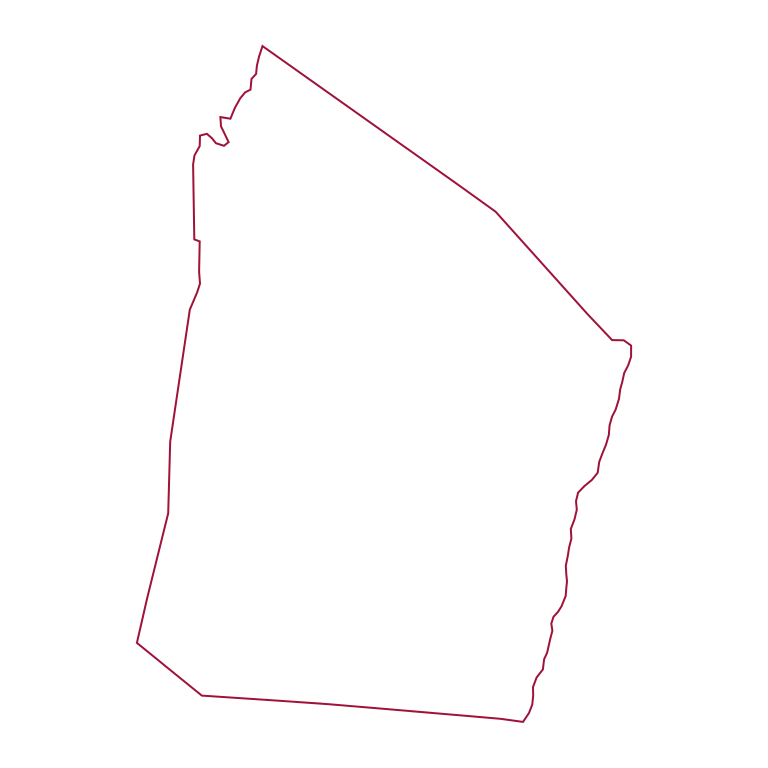 Cafarnaum, Bahia, Brazil (Robinson projection)
{"feature_id": "56859067B91218172071178", "entity_name": "Cafarnaum", "entity_type": "district", "adm_level": 2, "iso_a3": "BRA", "parent_name": "Brazil", "parent_adm1": "Bahia", "projection": "robinson", "projection_center": [-41.478, -11.714], "detail": "fine", "context": "isolated", "style": "outline", "palette": "rose", "viewbox_px": 768, "rotation_deg": 0, "n_neighbors": 0, "source": "geoboundaries", "source_scale": "gbopen_adm2", "svg_char_len": 1247}
<svg xmlns="http://www.w3.org/2000/svg" viewBox="0 0 768 768"><path d="M193.1,164.4L194.3,239.4L199.7,241.4L199.1,272.0L200.0,283.6L197.2,292.2L189.8,309.7L180.8,370.3L178.6,385.0L170.2,441.6L168.2,513.3L147.3,597.6L136.9,642.9L157.1,659.3L167.0,667.4L173.8,672.9L201.8,695.6L268.0,700.0L328.7,704.2L462.2,715.5L500.4,718.8L523.0,721.9L529.0,713.0L532.3,704.4L533.2,695.5L533.0,687.1L536.6,677.5L542.9,669.4L544.1,659.3L547.2,652.5L548.6,646.2L550.3,638.6L552.4,630.7L551.3,623.6L553.5,616.8L558.2,611.6L561.6,606.1L565.7,595.9L566.3,588.0L567.0,581.4L566.3,574.2L565.8,565.7L567.9,555.4L569.1,547.5L571.4,538.6L570.8,529.0L574.5,519.3L576.8,509.7L576.0,501.2L578.1,492.6L584.4,486.1L591.9,479.9L597.7,472.7L599.2,461.9L602.5,453.2L606.0,444.7L608.8,435.1L609.6,425.2L612.1,416.5L615.6,409.7L619.0,398.8L620.2,389.3L622.3,381.7L624.2,373.0L628.1,365.5L631.1,356.7L631.1,345.6L623.8,340.3L612.1,340.1L587.5,314.1L495.6,211.7L459.3,185.6L262.5,46.1L259.0,56.8L256.9,65.7L256.1,73.9L251.5,78.9L250.5,89.6L245.1,92.4L240.3,98.2L234.9,107.8L230.4,118.7L220.4,117.1L221.0,126.3L225.3,135.2L228.6,142.1L224.0,145.8L215.9,143.2L212.1,138.4L206.9,133.8L200.0,135.6L199.7,146.1L194.5,155.4L193.1,164.4Z" fill="none" stroke="#9f1239" stroke-width="2"/></svg>